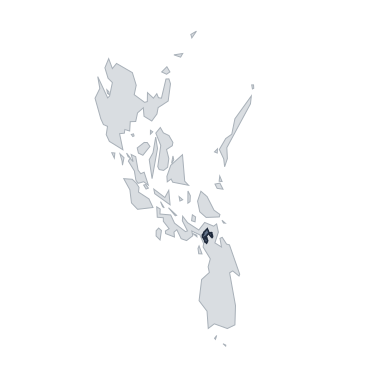 location of Laguna, Laguna, Philippines, rotated 170°
{"feature_id": "2640588B29584406601254", "entity_name": "Laguna", "entity_type": "district", "adm_level": 2, "iso_a3": "PHL", "parent_name": "Philippines", "parent_adm1": "Laguna", "projection": "equal_earth", "projection_center": [121.262, 14.28], "detail": "fine", "context": "in_parent", "style": "filled", "palette": "slate", "viewbox_px": 384, "rotation_deg": 170, "n_neighbors": 0, "source": "geoboundaries", "source_scale": "gbopen_adm2", "svg_char_len": 6842}
<svg xmlns="http://www.w3.org/2000/svg" viewBox="0 0 384 384"><g transform="rotate(170 192 192)"><path d="M180.9,51.4L192.9,58.3L199.7,54.8L197.9,72.0L203.9,83.7L197.7,104.2L188.9,109.7L189.1,115.5L185.6,123.0L190.6,135.9L189.5,139.3L191.7,148.4L199.0,153.6L198.8,148.8L205.8,145.1L210.8,147.9L213.5,157.5L216.7,155.6L217.1,150.7L225.2,155.6L225.0,158.2L220.9,159.8L225.3,168.1L224.7,171.6L230.6,173.2L229.3,183.5L226.3,180.8L227.4,175.9L217.0,173.1L214.6,164.3L205.3,154.1L203.2,154.5L206.5,165.3L205.4,169.8L201.7,162.6L191.9,153.4L184.8,159.8L176.6,154.6L173.3,156.3L173.0,147.9L178.3,137.9L172.5,132.7L172.5,141.5L170.1,142.1L167.0,134.7L164.3,133.4L159.3,102.7L160.3,101.1L165.6,107.2L169.0,105.9L168.9,72.6L172.8,53.7L180.9,51.4ZM252.7,245.6L264.6,256.2L266.5,263.4L263.8,271.3L267.5,273.8L269.1,280.0L271.2,301.2L264.8,310.0L264.8,322.0L258.7,299.3L256.5,300.8L251.4,313.6L254.9,318.6L256.2,329.4L250.9,337.8L249.0,327.4L244.0,331.7L230.0,319.9L228.4,306.8L232.0,297.9L223.1,288.5L220.3,288.8L218.6,297.6L213.7,291.1L209.6,294.9L208.7,290.7L205.8,289.7L198.0,307.8L195.1,307.4L194.4,302.3L199.7,285.7L210.7,281.0L213.0,274.9L219.3,268.9L226.1,274.9L225.3,283.4L231.9,279.4L235.2,271.2L240.6,272.0L242.8,262.9L247.3,265.2L248.4,261.7L253.2,262.0L252.7,245.6ZM217.4,256.3L212.0,261.0L209.9,255.2L204.9,251.6L202.2,244.1L203.4,241.0L209.7,238.3L209.0,229.1L211.7,220.6L216.2,218.2L220.4,219.8L221.3,222.9L214.7,243.2L217.4,256.3ZM248.6,184.4L253.5,191.8L252.8,205.0L256.9,217.0L248.6,214.9L245.4,210.6L243.4,205.8L244.7,201.2L235.6,192.7L233.1,183.5L248.6,184.4ZM194.2,199.2L209.3,205.0L210.3,208.4L214.6,206.3L214.0,211.8L208.3,222.0L194.9,230.4L197.3,203.9L194.2,199.2ZM137.0,256.7L116.9,276.3L119.1,268.7L150.0,229.6L151.4,218.7L155.5,211.2L155.0,219.1L157.7,229.1L149.5,238.8L142.8,242.0L137.0,256.7ZM169.5,162.7L182.5,164.5L187.8,171.1L188.1,182.0L183.1,191.2L177.9,184.8L173.5,170.3L168.4,165.0L169.5,162.7ZM237.8,210.5L243.6,209.9L245.2,213.4L245.1,222.8L249.3,233.4L247.2,236.0L244.7,232.1L245.4,239.5L241.3,236.5L241.3,222.9L239.3,218.9L235.7,219.8L233.8,206.3L237.8,210.5ZM218.2,252.4L218.4,240.9L229.0,212.1L228.5,231.3L223.6,237.4L218.2,252.4ZM238.3,244.9L230.5,249.1L227.5,248.5L225.5,244.2L234.0,236.7L238.0,239.6L238.3,244.9ZM215.8,183.2L229.0,196.8L229.1,201.5L219.7,191.3L214.6,197.7L215.8,183.2ZM234.0,160.1L231.1,162.3L228.8,159.4L231.8,150.3L235.0,154.9L234.0,160.1ZM201.0,315.5L195.0,319.7L192.9,314.1L196.6,312.4L201.0,315.5ZM161.0,189.4L166.6,191.2L168.0,195.8L163.0,195.9L161.0,189.4ZM194.2,162.1L197.4,163.8L195.6,169.5L192.8,166.8L194.2,162.1ZM179.8,326.8L186.0,330.2L177.1,330.0L179.8,326.8ZM256.3,242.1L253.0,237.6L255.8,230.5L255.5,234.8L256.3,242.1ZM198.0,181.7L195.8,193.7L194.3,188.7L195.6,182.9L198.0,181.7ZM165.4,343.8L165.8,347.4L159.7,349.6L165.4,343.8ZM196.1,130.0L195.9,135.4L194.4,137.7L192.9,129.3L196.1,130.0ZM207.1,223.8L204.5,230.8L204.4,226.8L207.1,223.8ZM163.4,197.9L161.9,202.9L160.6,197.1L163.4,197.9ZM238.4,207.2L236.3,207.4L234.3,203.4L236.7,202.9L238.4,207.2ZM205.5,185.2L205.5,189.7L202.5,186.0L205.5,185.2ZM264.2,244.6L261.2,243.8L262.6,238.9L264.2,244.6ZM212.6,171.5L217.9,180.6L211.2,171.7L212.6,171.5ZM162.9,227.6L159.4,230.1L160.4,226.0L162.9,227.6ZM222.9,256.2L222.2,260.0L220.2,258.1L222.9,256.2ZM223.5,182.6L224.7,188.0L222.1,181.2L223.5,182.6ZM114.6,287.1L112.8,286.8L113.2,283.4L114.6,283.0L114.6,287.1ZM241.8,259.2L239.5,259.4L239.3,257.3L240.7,256.9L241.8,259.2ZM258.1,307.5L256.4,305.1L256.9,302.6L258.1,303.8L258.1,307.5ZM166.4,156.0L167.4,159.0L164.6,155.5L166.4,156.0ZM248.7,237.6L249.7,241.7L247.1,236.8L248.7,237.6ZM195.2,44.0L192.6,46.4L194.5,42.8L195.2,44.0ZM198.4,151.0L194.8,148.6L194.9,147.0L198.4,151.0ZM185.6,34.4L187.8,37.2L185.3,35.3L185.6,34.4Z" fill="#d9dde1" stroke="#a8b0b8" stroke-width="1"/><path d="M183.3,152.9L183.5,152.7L183.6,152.8L183.7,152.7L183.8,152.6L184.1,152.7L184.3,152.5L184.4,152.4L184.5,152.4L184.6,152.2L184.8,152.1L184.9,151.9L185.0,151.8L185.3,151.6L185.6,151.3L185.8,151.2L185.9,151.3L186.2,151.0L186.2,150.9L186.3,150.7L186.6,150.6L187.0,150.6L187.3,150.4L187.5,150.1L187.6,149.6L187.7,149.3L187.6,149.2L187.6,148.9L187.8,148.9L187.9,148.6L188.0,148.6L187.9,148.4L188.0,148.2L188.1,148.3L188.3,148.4L188.3,148.5L188.5,148.5L188.8,148.5L188.9,148.4L189.0,148.3L189.0,148.1L189.2,147.9L188.9,147.7L189.0,147.3L189.2,147.2L189.3,146.9L189.3,146.6L189.5,146.3L189.6,146.2L189.6,145.7L189.2,145.5L188.5,143.3L187.8,141.8L187.8,141.6L188.0,141.5L188.1,141.4L188.0,140.9L187.9,140.7L187.9,140.4L187.1,140.3L187.2,140.2L187.1,139.8L186.6,139.0L186.4,139.2L186.5,139.3L186.4,139.4L186.5,139.4L186.6,139.5L186.4,139.7L186.4,139.8L186.5,140.0L186.1,140.2L185.8,140.1L185.7,140.1L185.6,140.3L185.4,140.4L185.4,140.5L185.4,140.8L185.3,141.0L185.1,141.4L185.1,141.6L185.4,141.9L185.4,142.2L185.1,142.1L185.2,142.6L185.3,143.8L185.2,144.1L185.4,144.5L185.5,144.6L185.6,144.4L185.8,144.2L185.9,143.7L186.0,143.3L186.2,143.5L186.3,143.6L186.2,143.4L186.3,143.3L186.3,143.2L186.3,143.3L186.5,143.3L186.6,143.5L186.8,143.7L186.9,143.8L187.0,143.9L187.0,144.0L186.9,144.1L187.0,144.1L187.1,144.4L187.0,144.5L187.0,144.8L186.9,144.9L186.9,145.0L187.0,145.1L186.9,145.1L186.7,145.1L186.8,145.0L186.8,144.9L186.6,144.9L186.6,144.7L186.4,144.6L186.5,144.5L186.4,144.5L186.2,144.5L186.2,144.8L186.3,144.9L186.4,145.0L186.4,145.3L186.3,145.5L186.3,145.4L186.2,145.3L186.2,145.5L186.3,145.6L186.1,145.6L186.0,145.4L186.0,145.5L186.0,145.3L185.9,145.4L185.9,145.5L185.8,145.4L185.7,145.6L185.8,145.7L185.7,145.8L185.5,146.0L185.4,146.1L185.2,146.2L185.1,146.3L184.9,146.4L184.8,146.7L184.5,146.9L184.5,147.0L184.4,147.1L184.5,147.0L184.4,147.2L184.3,147.3L184.3,147.5L184.2,147.6L184.0,147.8L183.8,147.8L183.7,147.8L183.4,147.9L183.1,147.7L183.0,147.9L182.8,148.1L182.7,148.1L182.4,148.0L182.3,147.9L182.3,148.0L182.2,148.0L182.1,147.8L182.1,147.7L182.3,147.4L182.3,147.1L182.2,146.9L182.0,146.6L182.0,146.3L181.9,146.2L181.7,145.9L181.5,145.7L181.3,145.5L181.3,145.4L181.3,145.1L181.0,144.7L180.9,144.7L180.7,144.2L180.4,144.1L180.3,143.9L180.2,143.7L180.1,143.8L180.0,144.0L179.9,143.9L179.8,144.0L179.7,144.0L179.6,144.3L179.4,144.6L179.4,145.0L179.5,144.9L179.8,144.7L179.9,144.8L179.9,145.0L179.9,144.9L180.0,144.9L180.2,145.0L180.3,144.8L180.5,144.9L180.4,145.0L180.2,145.2L180.3,145.3L180.2,145.3L180.3,145.3L180.1,145.6L180.0,145.8L180.0,146.0L179.9,146.0L179.9,146.3L179.8,146.5L180.0,146.5L180.1,146.4L180.1,146.6L180.1,146.9L180.0,147.1L180.1,147.3L179.9,147.3L179.9,147.5L179.7,147.8L179.6,148.0L179.5,148.3L179.5,148.5L179.8,148.7L180.0,148.7L180.9,148.6L181.3,148.9L181.5,148.9L181.8,148.9L181.8,149.0L182.0,149.0L182.3,149.1L182.6,149.6L182.7,150.1L182.7,150.6L182.7,150.8L182.7,151.2L182.8,151.5L183.0,152.0L183.3,152.4L183.3,152.9ZM182.6,147.3L182.6,147.2L182.6,147.3L182.6,147.3Z" fill="#64748b" stroke="#1e293b" stroke-width="1.5"/></g></svg>